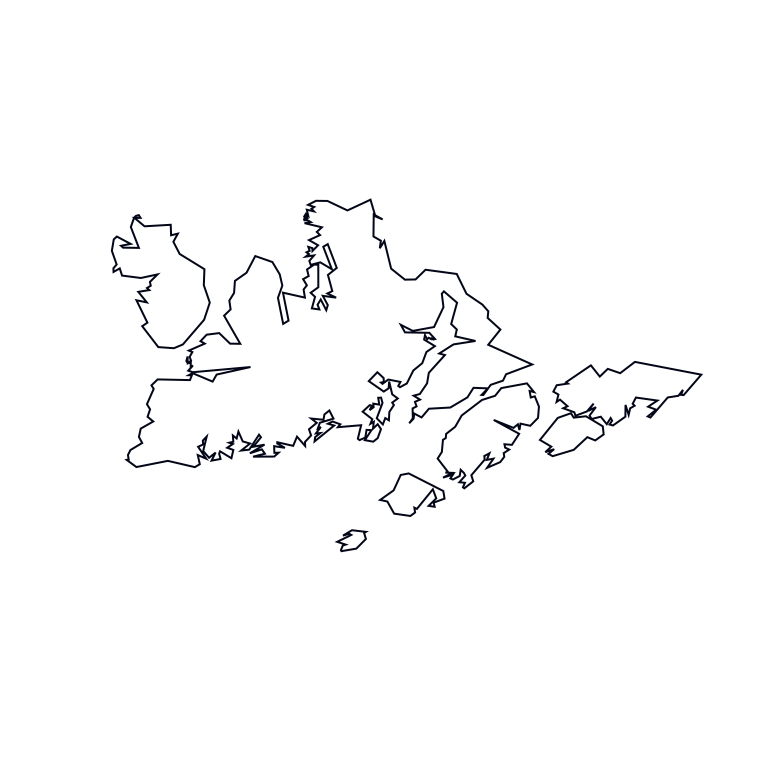 outline of Vågan nor, Nordland, Norway, rotated 17°
{"feature_id": "86288312B28402978584720", "entity_name": "Vågan nor", "entity_type": "district", "adm_level": 2, "iso_a3": "NOR", "parent_name": "Norway", "parent_adm1": "Nordland", "projection": "mercator", "projection_center": [14.578, 68.279], "detail": "fine", "context": "isolated", "style": "outline", "palette": "ink", "viewbox_px": 768, "rotation_deg": 17, "n_neighbors": 0, "source": "geoboundaries", "source_scale": "gbopen_adm2", "svg_char_len": 6158}
<svg xmlns="http://www.w3.org/2000/svg" viewBox="0 0 768 768"><g transform="rotate(17 384 384)"><path d="M334.6,227.0L326.1,225.2L317.2,211.7L298.3,228.7L276.4,225.5L265.4,228.7L259.0,234.9L265.5,235.1L263.4,237.6L266.6,239.4L259.2,239.9L262.3,245.2L259.6,243.9L258.5,248.0L260.6,245.8L261.7,247.0L260.7,247.0L259.0,250.4L260.9,248.1L261.8,248.2L259.3,251.0L262.8,249.7L266.6,250.6L261.0,253.4L278.8,252.3L275.3,258.2L279.3,260.3L270.2,268.3L280.4,270.6L276.7,277.7L275.8,275.0L271.5,275.0L274.0,278.4L271.4,280.7L274.3,281.7L271.9,285.1L279.5,281.5L276.6,288.1L279.1,291.5L287.5,286.3L300.6,289.5L285.8,270.5L289.3,266.7L304.9,286.8L298.5,296.1L307.4,310.3L303.4,314.0L313.0,315.4L299.7,317.6L307.2,325.0L307.2,330.3L298.8,321.7L297.3,327.6L300.4,331.6L292.9,332.8L292.6,320.8L287.2,318.2L292.9,310.7L286.3,289.2L282.3,290.2L276.9,297.0L280.4,302.8L276.0,307.4L281.4,312.2L279.5,317.1L283.1,324.5L260.7,326.2L274.2,351.3L270.0,356.0L257.4,332.6L258.0,319.6L252.2,309.6L241.6,300.0L223.5,299.3L220.0,317.8L211.3,329.0L214.0,340.8L211.7,349.4L215.5,357.5L211.1,365.4L234.8,387.6L225.0,390.4L211.5,383.5L200.0,388.7L196.0,396.7L200.8,397.8L187.6,409.1L191.4,409.5L190.2,414.9L192.7,418.1L190.2,421.4L188.1,415.1L188.3,419.8L190.3,421.6L193.0,420.1L194.0,423.7L195.9,422.3L192.9,428.5L197.8,428.6L251.4,406.8L221.2,423.9L219.4,431.8L197.7,429.6L194.7,432.7L197.7,431.9L197.3,437.0L166.2,445.8L162.0,453.3L165.2,456.0L163.2,472.6L167.7,476.6L167.5,484.5L174.3,487.3L164.4,497.8L165.1,506.3L170.0,511.1L160.8,521.3L159.9,526.8L161.9,530.8L160.1,531.8L171.5,535.8L199.8,520.7L227.4,518.8L231.3,514.6L226.7,506.4L235.8,507.4L224.6,498.4L228.7,494.7L227.3,491.1L229.8,486.1L230.7,501.0L238.3,505.7L243.0,498.8L241.5,507.7L249.6,503.5L246.7,498.8L246.9,496.3L259.8,499.6L259.2,491.1L252.7,490.8L257.0,485.6L253.2,485.4L256.8,483.3L254.5,477.4L259.0,479.2L258.7,472.1L265.7,480.2L273.3,480.1L266.9,489.4L274.3,486.2L279.3,469.0L281.9,470.9L277.4,482.2L287.5,476.9L276.0,489.5L286.3,482.2L290.5,485.5L280.0,491.8L300.2,485.5L303.3,480.5L299.3,481.9L297.1,475.6L307.9,474.0L299.3,472.1L299.0,470.9L315.2,469.7L316.2,459.8L326.7,466.3L325.4,462.5L329.3,454.5L325.5,449.2L331.0,440.8L324.5,438.3L336.6,435.9L335.9,430.6L339.5,425.3L345.8,431.9L334.0,439.8L333.7,445.9L336.2,443.6L333.3,451.2L337.5,449.5L333.7,454.9L334.4,459.2L348.5,438.3L342.0,438.4L345.8,434.9L354.0,435.3L352.5,438.8L374.2,430.1L375.0,444.0L377.0,444.8L381.8,440.7L380.7,433.0L385.5,431.8L382.1,443.3L390.6,442.3L393.8,437.6L394.3,428.0L389.7,424.3L386.5,430.0L385.3,423.1L382.7,426.0L383.1,421.1L371.7,416.7L376.5,408.4L378.8,408.3L377.9,413.2L380.9,409.2L379.5,405.9L385.5,405.1L382.5,398.9L385.2,397.9L388.1,402.5L387.1,418.9L394.7,423.0L395.2,416.2L399.3,417.3L397.3,409.2L399.6,401.2L397.3,399.4L401.4,393.8L394.9,391.5L388.2,380.1L389.7,386.8L386.0,391.3L368.6,385.7L374.2,374.7L381.9,378.4L383.2,382.1L380.7,383.5L382.5,384.3L386.8,378.5L399.1,377.2L398.2,381.7L400.2,382.4L405.7,376.8L408.1,362.5L414.5,352.9L415.2,341.0L421.6,332.9L409.4,329.8L408.9,325.3L412.2,328.5L413.3,326.7L415.9,327.3L416.0,326.5L418.1,327.1L419.7,326.1L412.4,321.8L389.0,328.5L382.8,322.5L396.0,324.8L415.2,314.9L418.4,293.1L412.9,280.8L414.2,277.9L430.1,284.9L430.7,307.0L437.7,310.6L438.2,317.6L458.9,316.1L438.9,325.8L427.9,338.7L433.8,338.5L423.6,360.2L425.0,370.8L421.2,383.1L415.8,386.5L423.0,388.4L418.8,392.0L421.7,395.9L418.5,399.0L421.6,408.4L419.6,414.2L422.4,408.5L421.6,403.4L429.7,405.0L434.2,394.5L454.3,387.1L467.7,372.4L470.7,361.5L484.6,357.8L480.5,365.9L482.2,365.5L486.3,353.6L496.8,346.0L497.9,339.0L520.0,322.0L472.2,316.0L479.4,297.9L463.8,290.5L462.5,284.0L454.9,279.3L436.5,273.6L421.4,257.5L390.3,262.6L383.6,274.8L373.5,278.1L357.1,271.6L342.5,247.1L340.3,255.4L339.1,247.9L330.8,246.0L324.2,223.5L326.3,226.2L334.6,227.0ZM102.6,296.3L100.1,294.2L97.6,295.8L96.4,298.1L96.0,307.9L109.8,325.5L94.6,329.9L92.1,328.7L100.8,324.1L85.4,321.1L83.3,324.7L84.8,336.2L93.4,347.9L91.4,352.4L92.6,355.9L97.5,350.7L101.8,356.9L120.5,353.7L135.4,345.4L130.3,354.8L132.2,358.2L129.3,361.5L132.1,362.8L122.1,367.7L133.3,375.3L122.8,376.3L139.8,394.5L135.9,399.4L157.4,414.7L172.6,411.2L180.1,405.0L193.2,375.2L193.6,357.1L182.8,342.2L178.7,326.7L150.6,319.4L141.0,309.6L142.9,300.5L136.9,304.0L133.5,294.1L108.9,303.2L96.8,298.1L102.6,296.3ZM520.5,341.6L497.4,353.6L493.7,362.8L482.4,370.6L467.5,391.4L464.6,404.1L458.0,413.6L458.9,417.6L456.7,420.2L459.2,432.1L457.1,439.6L471.0,449.5L468.6,450.8L475.4,449.0L467.8,456.3L476.4,450.5L475.1,454.9L477.8,455.2L483.3,449.8L482.4,443.6L486.6,445.8L488.5,447.8L484.8,455.9L490.3,454.8L489.7,459.7L491.3,460.3L497.8,451.0L494.2,445.7L502.4,426.9L501.0,423.6L505.1,419.4L504.5,426.5L510.5,423.4L507.1,434.0L518.0,424.7L520.3,418.5L518.7,415.1L522.9,410.1L518.4,409.4L516.8,406.4L524.1,404.8L527.8,392.1L499.4,386.3L520.7,388.1L523.8,383.4L527.0,388.4L526.1,382.0L536.1,381.2L541.2,371.4L538.8,360.3L531.8,351.7L528.3,354.0L525.3,348.1L529.9,347.9L520.5,341.6ZM576.4,305.7L557.6,329.1L559.8,329.8L549.5,334.7L548.2,341.8L553.9,343.1L554.3,350.7L556.9,347.5L566.0,351.6L562.5,354.8L574.3,355.4L576.4,358.4L586.1,350.9L590.2,341.4L587.2,350.0L593.4,344.2L589.8,354.0L592.7,356.8L600.9,351.9L608.8,357.3L610.7,350.3L612.9,352.4L611.5,356.8L615.1,356.7L624.4,344.7L621.1,333.4L627.0,342.0L626.5,335.3L630.0,331.5L627.6,330.2L628.9,323.3L650.3,319.9L643.2,328.5L651.8,329.0L645.7,337.9L648.6,338.2L659.3,313.9L669.0,309.2L671.6,302.2L671.3,307.5L673.8,307.0L684.7,282.3L617.5,289.5L606.7,304.6L593.6,304.1L588.2,313.8L576.4,305.7ZM586.6,355.8L575.3,360.7L571.3,357.3L560.1,365.6L549.5,391.9L562.3,395.0L558.2,402.0L565.8,396.6L561.7,402.7L566.4,403.7L584.7,391.5L594.0,375.4L602.5,376.2L608.8,368.0L605.6,360.5L586.6,355.8ZM433.8,462.3L426.6,466.1L424.3,482.9L414.2,496.0L421.6,495.4L431.6,505.0L447.8,502.5L451.3,497.8L449.2,493.4L452.0,493.8L461.5,470.4L467.4,478.1L462.3,487.5L468.3,486.6L466.2,482.9L475.4,475.9L472.0,469.0L433.8,462.3ZM409.9,530.7L396.1,533.2L389.1,541.0L394.4,537.4L396.8,537.9L385.4,548.6L394.3,548.8L391.8,550.6L391.4,555.5L392.2,556.3L405.7,549.5L412.0,537.5L408.5,532.2L409.9,530.7Z" fill="none" stroke="#020617" stroke-width="2"/></g></svg>